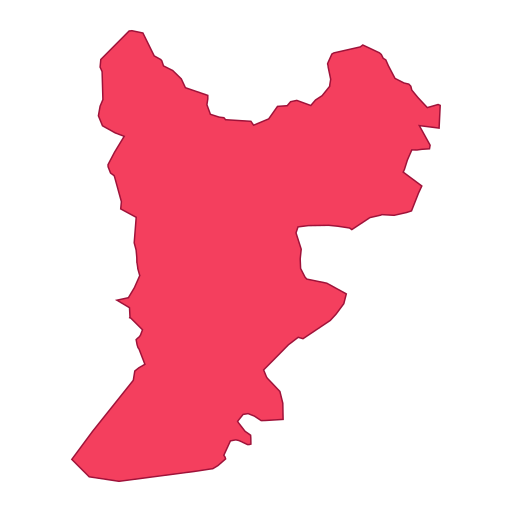 the district of Jaba, Kaduna, Nigeria
{"feature_id": "59680162B63355484795141", "entity_name": "Jaba", "entity_type": "district", "adm_level": 2, "iso_a3": "NGA", "parent_name": "Nigeria", "parent_adm1": "Kaduna", "projection": "mercator", "projection_center": [8.036, 9.475], "detail": "fine", "context": "isolated", "style": "filled", "palette": "rose", "viewbox_px": 512, "rotation_deg": 0, "n_neighbors": 0, "source": "geoboundaries", "source_scale": "gbopen_adm2", "svg_char_len": 2411}
<svg xmlns="http://www.w3.org/2000/svg" viewBox="0 0 512 512"><path d="M429.5,148.8L430.1,145.2L419.3,125.6L439.1,128.1L440.2,105.4L438.1,104.5L427.3,107.6L417.9,97.5L411.8,90.1L410.8,86.2L408.8,84.1L404.0,83.0L395.0,78.4L388.3,65.6L385.8,59.9L383.2,58.3L381.3,54.5L379.4,52.8L376.8,51.6L370.5,48.6L362.8,45.0L360.3,46.9L333.9,52.9L331.9,54.0L328.2,62.2L327.6,63.7L327.6,64.0L328.0,65.4L328.2,67.3L330.7,79.3L329.7,85.5L329.8,85.9L329.7,86.3L322.1,95.7L315.5,100.0L310.8,105.5L296.8,100.4L290.6,101.7L287.2,105.7L277.5,106.4L268.7,118.9L253.6,125.2L250.9,121.3L225.5,119.7L224.7,118.6L223.9,117.7L219.7,117.2L218.8,117.0L210.4,114.3L206.9,104.7L207.8,98.9L207.8,95.4L185.4,87.7L181.3,78.9L172.8,70.6L163.5,65.9L161.8,60.8L160.7,59.5L154.2,55.9L142.9,33.0L131.9,30.7L130.6,30.9L130.0,30.9L129.1,31.0L100.8,59.5L100.1,67.1L102.1,71.6L102.9,99.6L100.1,106.2L98.4,115.8L102.5,125.8L115.2,132.9L124.2,136.3L114.5,152.3L109.3,162.2L108.0,164.7L108.1,166.8L110.5,172.9L111.0,173.4L114.1,175.6L114.7,177.3L121.4,201.7L120.7,208.9L136.2,217.3L134.2,242.8L135.6,248.1L136.1,250.0L136.5,254.2L136.8,257.7L136.9,262.5L137.1,263.2L137.7,267.3L137.8,268.6L139.7,275.4L139.8,275.5L134.4,287.7L128.4,297.7L116.9,300.2L129.5,307.7L130.0,317.0L129.7,317.7L130.9,318.2L142.5,329.8L140.4,335.3L139.2,336.9L137.5,338.3L136.1,339.7L136.2,340.0L137.1,344.8L138.0,347.6L139.1,349.2L144.9,364.3L139.0,367.7L134.8,371.0L133.3,380.3L92.6,431.3L71.8,459.4L89.2,476.8L119.0,481.3L197.5,471.0L209.7,469.1L211.9,468.8L212.8,468.7L217.9,465.6L225.6,458.9L225.0,457.0L224.8,456.7L223.8,455.3L230.4,440.9L234.4,440.1L235.7,439.9L236.5,440.0L238.7,440.5L239.3,440.7L247.6,444.6L249.0,444.6L250.9,444.1L250.8,438.1L250.6,435.2L245.2,431.4L244.9,431.1L238.4,422.7L237.6,421.3L243.1,414.4L248.1,413.6L254.4,416.1L255.6,416.9L261.2,420.6L265.2,420.5L283.1,419.4L282.8,403.2L279.9,391.5L269.4,380.4L267.4,378.3L266.5,377.0L263.6,369.9L275.3,358.1L288.5,344.7L298.2,337.3L303.0,338.7L330.3,320.4L336.0,314.2L343.8,303.7L346.3,293.9L326.8,283.2L309.8,279.7L306.8,279.1L305.0,277.1L300.6,268.5L300.2,258.9L301.2,249.2L296.0,232.9L298.0,226.9L308.3,225.6L328.7,225.3L337.7,226.2L349.6,228.0L351.8,229.6L369.9,217.6L380.9,215.1L381.7,214.6L394.1,215.3L406.6,212.5L411.5,210.9L418.5,193.1L421.8,186.0L403.2,172.1L404.4,169.5L407.4,160.0L411.8,149.9L417.0,150.0L418.2,149.8L421.9,149.3L429.5,148.8Z" fill="#f43f5e" stroke="#9f1239" stroke-width="1.5"/></svg>